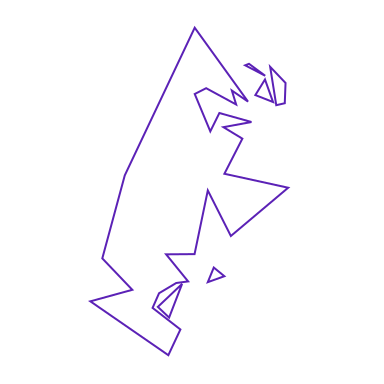 map outline of Aisén del General Carlos Ibáñez del Campo (Albers equal-area conic projection), rotated 183°
{"feature_id": "CHL-2691", "entity_name": "Aisén del General Carlos Ibáñez del Campo", "entity_type": "Region", "adm_level": 1, "iso_a3": "CHL", "parent_name": "Chile", "parent_adm1": "", "projection": "albers", "projection_center": [-74.056, -46.391], "detail": "coarse", "context": "isolated", "style": "outline", "palette": "violet", "viewbox_px": 384, "rotation_deg": 183, "n_neighbors": 0, "source": "natural_earth", "source_scale": "10m", "svg_char_len": 747}
<svg xmlns="http://www.w3.org/2000/svg" viewBox="0 0 384 384"><g transform="rotate(183 192 192)"><path d="M207.1,27.8L287.8,77.5L246.5,91.2L278.1,121.0L260.0,205.1L197.9,356.2L140.8,285.2L157.5,295.4L152.5,281.7L183.3,296.4L194.4,290.0L176.9,253.5L168.8,272.3L136.3,265.0L164.0,258.4L144.5,247.9L160.6,211.9L96.2,201.3L150.9,150.1L176.3,194.4L186.2,130.1L214.6,128.4L191.2,102.5L203.0,100.3L219.6,89.2L225.3,74.2L196.4,54.1L207.1,27.8ZM197.1,99.7L208.3,65.4L220.1,75.5L197.1,99.7ZM120.5,321.1L104.3,305.8L104.0,285.5L112.4,283.1L120.5,321.1ZM125.0,311.9L145.5,321.3L141.8,323.0L125.0,311.9ZM125.0,308.2L115.8,286.1L133.8,292.1L125.0,308.2ZM171.5,102.8L166.3,117.7L155.3,109.6L171.5,102.8Z" fill="none" stroke="#5b21b6" stroke-width="2"/></g></svg>